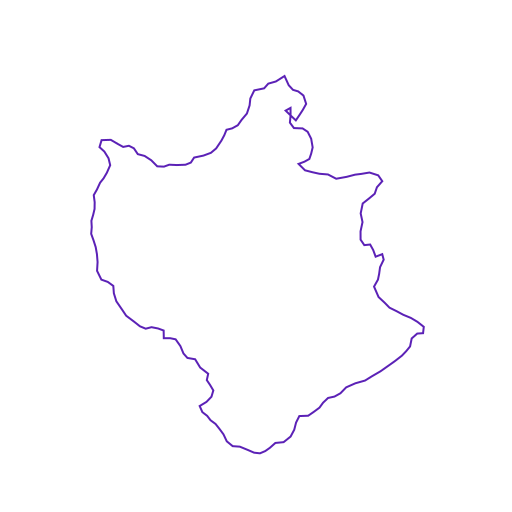 Turvolândia, Minas Gerais, Brazil, rotated 331°
{"feature_id": "56859067B33142489380920", "entity_name": "Turvolândia", "entity_type": "district", "adm_level": 2, "iso_a3": "BRA", "parent_name": "Brazil", "parent_adm1": "Minas Gerais", "projection": "orthographic", "projection_center": [-45.794, -21.88], "detail": "fine", "context": "isolated", "style": "outline", "palette": "violet", "viewbox_px": 512, "rotation_deg": 331, "n_neighbors": 0, "source": "geoboundaries", "source_scale": "gbopen_adm2", "svg_char_len": 2343}
<svg xmlns="http://www.w3.org/2000/svg" viewBox="0 0 512 512"><g transform="rotate(331 256 256)"><path d="M155.2,116.3L149.2,120.7L143.6,124.1L141.0,130.7L137.6,136.6L133.5,141.1L129.1,145.4L126.3,151.2L122.6,156.7L121.5,163.5L120.1,170.5L117.8,177.2L114.5,184.5L109.8,191.9L109.3,201.7L113.8,206.8L116.7,213.0L113.6,219.7L111.9,227.9L112.9,238.3L113.5,245.3L117.6,254.5L120.4,261.2L124.3,266.1L130.1,267.6L135.2,271.9L139.1,276.4L135.5,283.2L141.1,286.3L145.3,289.9L146.2,298.1L145.3,306.1L146.6,311.9L152.7,316.8L153.1,326.5L157.1,335.8L152.8,340.7L153.3,346.4L153.5,352.9L148.8,357.5L141.9,359.6L134.0,359.9L133.4,366.6L135.8,372.1L136.6,377.6L139.2,383.3L140.3,390.1L141.1,396.2L140.6,403.9L143.4,411.0L149.4,414.9L155.0,421.9L159.0,427.1L163.8,430.5L169.5,431.1L175.1,430.5L182.3,428.9L189.9,432.2L198.7,430.7L205.2,426.5L210.3,421.1L216.3,417.0L224.2,421.0L231.3,420.3L238.0,419.4L243.6,416.8L250.2,415.1L256.5,417.0L263.3,417.0L271.2,414.6L281.2,415.5L291.0,417.8L299.0,417.4L308.9,417.2L318.2,416.2L327.0,415.2L335.3,413.9L341.1,412.1L346.9,409.8L352.2,403.6L359.4,402.0L364.7,404.5L368.4,399.3L365.3,391.9L361.4,385.2L356.3,378.8L352.2,372.4L347.7,365.9L345.8,359.0L343.3,351.3L344.4,340.0L351.2,335.8L354.9,331.5L359.1,325.9L365.9,321.1L367.3,315.6L360.3,314.6L361.4,307.6L361.4,301.3L356.0,299.0L355.4,292.4L359.4,285.1L365.6,278.0L368.2,269.5L374.8,261.8L383.2,260.4L390.0,259.1L395.1,254.5L402.7,251.8L402.0,244.7L395.7,238.0L387.8,235.2L382.1,232.9L373.6,230.7L363.6,227.3L358.5,219.6L351.3,214.8L346.1,210.2L340.4,204.8L337.9,196.1L344.1,197.0L349.7,197.0L353.8,193.3L358.2,188.5L361.1,180.2L361.4,172.4L358.6,167.0L351.2,162.5L350.3,155.8L354.4,149.8L356.6,156.7L362.5,153.7L367.6,151.0L373.6,147.3L375.3,138.7L372.7,132.5L368.9,128.6L367.4,122.5L368.2,112.4L358.0,113.0L350.3,111.2L344.4,113.3L334.8,110.3L327.4,115.5L323.4,121.2L317.1,127.0L309.5,129.9L303.5,132.8L297.0,132.8L291.4,131.3L286.8,135.0L281.7,138.3L273.3,142.6L266.6,143.9L258.7,142.7L249.6,139.9L244.3,142.7L238.6,142.0L230.9,138.1L224.4,134.1L218.8,133.2L213.1,129.7L210.8,121.5L207.1,114.5L202.0,109.6L201.4,102.6L198.3,98.0L192.7,96.2L189.5,91.1L185.3,84.0L177.1,79.8L171.9,84.9L174.0,91.1L174.4,99.0L172.5,105.9L165.9,110.9L160.3,114.2L155.2,116.3ZM354.4,149.8L352.4,143.2L358.0,143.2L354.4,149.8Z" fill="none" stroke="#5b21b6" stroke-width="2"/></g></svg>